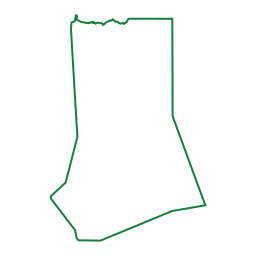 Niefang, Centro Sur, Equatorial Guinea (Albers equal-area conic projection)
{"feature_id": "11065452B28626668585382", "entity_name": "Niefang", "entity_type": "district", "adm_level": 2, "iso_a3": "GNQ", "parent_name": "Equatorial Guinea", "parent_adm1": "Centro Sur", "projection": "albers", "projection_center": [10.119, 1.88], "detail": "fine", "context": "isolated", "style": "outline", "palette": "green", "viewbox_px": 256, "rotation_deg": 0, "n_neighbors": 0, "source": "geoboundaries", "source_scale": "gbopen_adm2", "svg_char_len": 1455}
<svg xmlns="http://www.w3.org/2000/svg" viewBox="0 0 256 256"><path d="M205.3,205.3L172.6,116.2L172.5,78.3L172.5,78.0L172.3,18.8L129.0,18.7L128.2,19.2L127.8,19.7L127.6,20.1L127.5,20.6L127.4,20.8L127.3,21.0L127.2,21.3L126.8,22.0L126.5,22.3L125.8,22.7L125.1,22.9L124.7,23.4L124.3,23.7L123.9,23.9L123.6,23.7L123.5,23.2L122.9,22.9L122.4,23.2L121.8,23.4L120.3,23.7L119.8,23.5L119.5,23.1L118.8,22.8L118.0,22.3L117.3,21.7L116.7,21.6L116.1,21.7L115.4,21.7L114.4,20.8L114.2,20.4L113.5,20.1L113.2,19.8L112.7,19.4L112.0,20.1L111.6,20.6L111.0,20.4L110.3,20.3L109.8,20.6L109.2,21.0L106.1,22.4L105.6,22.8L105.0,23.5L104.6,24.0L103.9,24.4L103.4,24.3L103.0,24.8L102.7,24.6L102.6,24.1L102.5,23.6L102.1,23.2L101.3,23.0L100.6,23.2L100.0,23.3L99.3,23.0L98.7,22.8L98.0,22.6L97.5,22.6L96.9,22.8L95.7,23.5L95.5,23.1L94.7,23.0L94.2,23.0L94.3,22.9L94.2,22.6L93.9,22.2L93.5,22.3L93.1,22.3L92.9,22.1L92.6,21.9L92.1,21.8L91.5,21.9L90.9,22.6L89.7,22.9L88.6,23.0L87.7,23.0L86.6,23.0L85.5,22.8L84.5,22.4L83.1,22.3L81.3,22.0L79.9,21.3L78.6,20.6L77.6,20.3L76.9,19.7L76.8,18.6L76.8,17.6L76.9,16.4L76.7,15.5L76.2,15.4L75.8,15.4L75.8,15.8L75.8,16.7L75.6,17.4L75.4,18.1L75.1,19.5L74.9,20.3L74.8,21.0L73.6,21.8L72.8,21.8L72.3,22.0L71.9,22.4L71.5,22.7L71.4,23.3L71.0,29.5L74.0,80.6L74.0,80.9L77.4,136.8L65.7,182.5L50.7,196.4L50.8,197.7L50.8,198.5L57.8,207.6L75.0,230.1L76.9,238.5L78.7,240.3L100.5,240.6L149.1,220.5L172.1,211.0L205.3,205.3Z" fill="none" stroke="#15803d" stroke-width="2"/></svg>